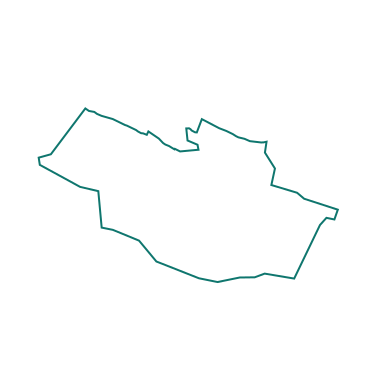 the district of Craig, Virginia, United States of America, rotated 56°
{"feature_id": "52423323B43550826235883", "entity_name": "Craig", "entity_type": "district", "adm_level": 2, "iso_a3": "USA", "parent_name": "United States of America", "parent_adm1": "Virginia", "projection": "orthographic", "projection_center": [-80.269, 37.488], "detail": "fine", "context": "isolated", "style": "outline", "palette": "teal", "viewbox_px": 384, "rotation_deg": 56, "n_neighbors": 0, "source": "geoboundaries", "source_scale": "gbopen_adm2", "svg_char_len": 956}
<svg xmlns="http://www.w3.org/2000/svg" viewBox="0 0 384 384"><g transform="rotate(56 192 192)"><path d="M192.0,102.1L190.8,105.1L189.5,107.1L182.2,115.6L177.3,118.7L172.6,123.0L170.3,124.3L166.8,125.8L160.6,129.4L154.3,133.8L137.1,143.1L145.3,154.7L144.2,156.1L140.8,157.9L139.2,158.1L137.6,158.8L136.1,161.2L146.8,166.9L155.9,161.0L160.6,163.0L151.7,179.2L146.6,182.1L146.8,182.7L144.0,184.0L141.1,185.3L137.7,187.6L135.2,188.6L129.2,189.6L117.4,194.3L119.3,197.5L116.1,199.7L114.8,201.3L111.5,203.0L109.4,203.7L100.5,208.9L99.0,210.1L87.2,216.9L78.3,224.4L74.1,227.1L71.0,228.2L67.2,232.1L63.1,233.7L81.8,287.9L77.8,299.9L84.4,303.0L125.2,281.9L138.9,269.2L171.0,286.8L179.1,278.8L202.7,263.1L229.7,260.4L267.4,234.5L280.9,221.2L289.6,200.2L297.8,187.7L300.3,177.4L320.9,155.7L290.9,104.3L288.6,95.0L294.4,89.3L288.2,81.0L260.3,102.8L251.4,105.3L230.6,122.3L218.9,110.1L200.1,109.5L192.0,102.1Z" fill="none" stroke="#0f766e" stroke-width="2"/></g></svg>